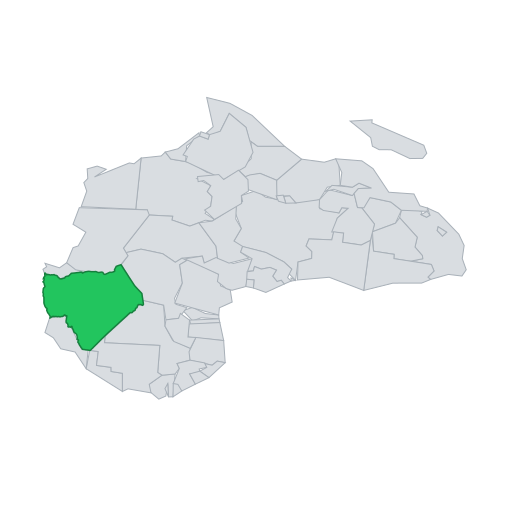 location of Algeria within Africa, rotated 276°
{"feature_id": "DZA", "entity_name": "Algeria", "entity_type": "country or territory", "adm_level": 0, "iso_a3": "DZA", "parent_name": "Africa", "parent_adm1": "", "projection": "equal_earth", "projection_center": [1.791, 28.04], "detail": "fine", "context": "in_parent", "style": "filled", "palette": "green", "viewbox_px": 512, "rotation_deg": 276, "n_neighbors": 49, "source": "natural_earth", "source_scale": "50m", "svg_char_len": 14349}
<svg xmlns="http://www.w3.org/2000/svg" viewBox="0 0 512 512"><g transform="rotate(276 256 256)"><path d="M333.5,268.6L357.1,291.2L356.4,314.1L361.0,325.1L357.3,328.6L335.1,332.4L331.9,319.7L318.7,313.3L313.9,302.3L312.9,290.1L319.3,283.2L317.9,269.8L333.5,268.6Z" fill="#d9dde1" stroke="#a8b0b8" stroke-width="1"/><path d="M144.8,100.5L144.5,109.1L130.5,108.8L130.1,123.5L126.0,124.0L125.4,135.4L107.3,137.3L126.1,98.9L144.8,100.5Z" fill="#d9dde1" stroke="#a8b0b8" stroke-width="1"/><path d="M312.9,290.1L318.7,313.3L309.7,314.4L307.5,334.0L313.0,336.3L313.1,342.7L302.2,332.9L280.0,329.7L278.5,306.9L271.2,304.8L266.3,311.1L259.4,311.6L254.4,298.4L235.9,297.9L242.3,290.1L246.7,292.9L253.1,284.3L260.5,265.5L264.5,237.5L268.6,232.5L281.8,238.5L296.3,231.1L304.0,231.2L308.8,237.0L314.6,235.1L321.2,249.5L315.5,259.3L312.9,290.1Z" fill="#d9dde1" stroke="#a8b0b8" stroke-width="1"/><path d="M368.0,273.1L365.2,246.0L370.3,237.3L382.9,232.6L395.0,214.5L376.3,207.4L370.9,199.1L373.3,193.8L380.1,199.9L408.5,190.4L405.1,214.1L395.4,237.4L368.0,273.1Z" fill="#d9dde1" stroke="#a8b0b8" stroke-width="1"/><path d="M357.1,291.2L333.5,268.6L338.6,251.4L333.8,237.2L339.5,229.6L352.3,241.1L369.1,239.2L365.2,246.0L368.0,273.1L357.1,291.2Z" fill="#d9dde1" stroke="#a8b0b8" stroke-width="1"/><path d="M291.1,213.2L287.7,210.5L286.1,208.8L286.3,202.0L278.8,187.0L283.0,168.6L286.8,169.0L285.5,143.2L290.5,143.1L289.9,131.5L341.4,131.5L345.6,151.3L349.9,154.9L343.5,161.1L342.1,181.2L333.9,198.8L333.1,210.4L326.8,189.1L321.2,203.7L315.0,200.8L310.6,206.1L300.7,205.7L293.1,200.9L288.0,210.8L291.1,213.2Z" fill="#d9dde1" stroke="#a8b0b8" stroke-width="1"/><path d="M285.6,145.6L286.8,169.0L283.0,168.6L278.8,187.0L283.1,195.7L261.6,215.2L249.7,218.0L243.6,205.2L250.3,202.6L246.1,182.6L241.3,176.4L248.5,163.0L250.8,140.9L245.8,126.5L250.0,123.3L285.6,145.6Z" fill="#d9dde1" stroke="#a8b0b8" stroke-width="1"/><path d="M250.9,432.0L253.0,429.2L259.7,434.6L265.9,431.3L267.0,410.3L270.7,422.1L273.7,421.5L281.5,413.2L291.5,414.4L309.1,394.8L316.7,395.8L318.9,408.0L317.8,416.5L314.4,415.8L312.4,421.6L314.7,424.7L321.6,421.6L317.8,433.0L298.9,455.4L288.2,461.9L275.0,461.4L264.3,466.5L257.6,462.9L257.8,449.3L250.9,432.0ZM304.1,434.1L300.3,433.5L295.3,439.3L299.6,443.1L304.1,434.1Z" fill="#d9dde1" stroke="#a8b0b8" stroke-width="1"/><path d="M304.1,434.1L299.6,443.1L295.3,439.3L300.3,433.5L304.1,434.1Z" fill="#d9dde1" stroke="#a8b0b8" stroke-width="1"/><path d="M316.7,395.8L303.2,391.3L292.3,369.3L300.1,370.5L315.0,356.1L326.0,363.3L323.8,384.4L316.7,395.8Z" fill="#d9dde1" stroke="#a8b0b8" stroke-width="1"/><path d="M309.1,394.8L291.5,414.4L281.5,413.2L273.7,421.5L270.7,422.1L267.0,410.3L267.8,393.4L272.1,393.2L273.1,372.4L292.3,369.3L303.2,391.3L309.1,394.8Z" fill="#d9dde1" stroke="#a8b0b8" stroke-width="1"/><path d="M267.8,393.4L265.9,431.3L259.7,434.6L253.0,429.2L250.9,432.0L246.4,423.6L243.3,394.9L233.0,366.7L291.6,368.4L273.1,372.4L272.1,393.2L267.8,393.4Z" fill="#d9dde1" stroke="#a8b0b8" stroke-width="1"/><path d="M107.3,181.0L103.5,174.3L110.4,164.0L117.3,163.2L127.6,174.9L130.2,187.9L107.3,188.2L106.7,183.7L120.0,181.6L107.3,181.0Z" fill="#d9dde1" stroke="#a8b0b8" stroke-width="1"/><path d="M130.2,187.9L127.6,174.9L129.9,170.4L157.0,169.7L153.9,114.4L160.5,114.3L195.2,145.0L195.3,148.7L200.1,148.1L197.5,169.3L176.7,172.8L163.6,181.8L157.3,200.3L145.5,201.3L140.8,188.7L136.2,191.5L130.2,187.9Z" fill="#d9dde1" stroke="#a8b0b8" stroke-width="1"/><path d="M107.3,137.3L125.4,135.4L126.0,124.0L130.1,123.5L130.5,108.8L144.5,109.1L144.8,100.5L160.5,114.3L153.9,114.4L157.0,169.7L129.9,170.4L127.6,174.9L117.3,163.2L108.9,165.9L110.5,142.6L107.3,137.3Z" fill="#d9dde1" stroke="#a8b0b8" stroke-width="1"/><path d="M193.4,225.1L189.6,225.8L188.8,207.8L184.8,199.7L194.0,189.1L198.3,198.1L193.5,211.5L193.4,225.1Z" fill="#d9dde1" stroke="#a8b0b8" stroke-width="1"/><path d="M245.8,126.5L250.8,140.9L248.5,163.0L241.3,176.4L246.1,182.6L244.3,187.7L239.4,181.0L221.4,185.6L205.5,179.4L199.6,181.4L197.4,192.6L185.9,185.5L183.1,173.1L197.5,169.3L200.1,148.1L233.3,123.0L242.8,128.6L245.8,126.5Z" fill="#d9dde1" stroke="#a8b0b8" stroke-width="1"/><path d="M193.4,225.1L200.7,180.1L221.4,185.6L239.4,181.0L246.1,190.0L233.9,220.7L222.6,223.9L219.4,234.0L207.7,237.1L200.7,225.0L193.4,225.1Z" fill="#d9dde1" stroke="#a8b0b8" stroke-width="1"/><path d="M245.7,185.4L250.3,202.6L243.6,205.2L250.3,216.4L246.2,234.3L252.9,252.4L224.6,249.1L219.4,235.7L220.5,229.8L226.6,220.3L233.9,220.7L245.7,185.4Z" fill="#d9dde1" stroke="#a8b0b8" stroke-width="1"/><path d="M185.3,196.6L189.6,225.8L186.0,227.0L181.1,198.3L185.3,196.6Z" fill="#d9dde1" stroke="#a8b0b8" stroke-width="1"/><path d="M181.4,196.4L186.0,227.0L168.5,232.7L168.3,196.8L181.4,196.4Z" fill="#d9dde1" stroke="#a8b0b8" stroke-width="1"/><path d="M145.5,201.3L153.7,199.4L168.7,204.7L168.5,232.7L146.7,236.5L147.4,228.4L142.8,223.8L145.5,201.3Z" fill="#d9dde1" stroke="#a8b0b8" stroke-width="1"/><path d="M120.5,187.0L136.2,191.5L140.8,188.7L145.5,201.3L144.3,216.4L140.1,218.7L137.7,211.3L134.4,212.5L131.8,202.3L122.2,209.1L114.0,196.3L120.5,187.0Z" fill="#d9dde1" stroke="#a8b0b8" stroke-width="1"/><path d="M107.3,188.2L120.5,187.0L120.2,191.7L114.0,196.3L107.3,188.2Z" fill="#d9dde1" stroke="#a8b0b8" stroke-width="1"/><path d="M143.6,216.4L142.8,223.8L147.4,228.4L146.7,236.5L130.1,221.9L135.6,212.1L140.1,218.7L143.6,216.4Z" fill="#d9dde1" stroke="#a8b0b8" stroke-width="1"/><path d="M122.2,209.1L131.8,202.3L135.6,212.1L130.1,221.9L122.2,209.1Z" fill="#d9dde1" stroke="#a8b0b8" stroke-width="1"/><path d="M157.3,200.3L162.4,183.2L176.7,172.8L183.1,173.1L185.9,185.5L191.0,186.8L185.3,196.6L168.3,196.8L168.7,204.7L157.3,200.3Z" fill="#d9dde1" stroke="#a8b0b8" stroke-width="1"/><path d="M304.0,231.2L290.7,232.0L281.8,238.5L268.6,232.5L264.1,241.7L258.2,240.3L253.2,249.2L246.1,229.9L249.7,218.0L261.6,215.2L283.1,195.7L286.1,208.8L304.0,231.2Z" fill="#d9dde1" stroke="#a8b0b8" stroke-width="1"/><path d="M264.1,241.7L260.5,265.5L253.1,284.3L246.7,292.9L237.9,289.7L234.7,293.4L231.1,287.0L234.5,283.6L232.8,279.6L237.7,274.7L244.1,277.8L246.1,271.0L243.5,262.7L245.4,255.6L240.9,254.9L240.0,249.2L252.9,252.4L258.2,240.3L264.1,241.7Z" fill="#d9dde1" stroke="#a8b0b8" stroke-width="1"/><path d="M231.9,249.2L239.4,248.8L240.9,254.9L245.4,255.6L243.5,262.7L246.1,271.0L244.1,277.8L237.7,274.7L232.8,279.6L234.5,283.6L231.1,287.0L220.8,269.6L223.9,256.8L232.0,256.5L231.9,249.2Z" fill="#d9dde1" stroke="#a8b0b8" stroke-width="1"/><path d="M224.6,249.1L231.9,249.2L232.0,256.5L223.9,256.8L224.6,249.1Z" fill="#d9dde1" stroke="#a8b0b8" stroke-width="1"/><path d="M318.7,313.3L329.6,321.3L326.2,345.5L328.5,347.0L314.8,351.9L315.0,356.1L300.1,370.5L283.4,368.1L277.9,359.5L278.7,340.6L287.9,340.7L287.8,328.8L302.2,332.9L313.1,342.7L313.0,336.3L307.5,334.0L308.3,318.2L310.9,313.7L318.7,313.3Z" fill="#d9dde1" stroke="#a8b0b8" stroke-width="1"/><path d="M327.6,318.6L334.2,324.2L334.5,344.7L339.2,350.8L335.6,363.8L333.8,350.8L326.2,345.5L330.5,326.4L327.6,318.6Z" fill="#d9dde1" stroke="#a8b0b8" stroke-width="1"/><path d="M335.1,332.4L348.0,332.6L361.0,325.1L361.7,351.3L355.1,363.3L333.3,381.4L334.2,406.6L323.1,413.7L321.6,421.6L318.3,421.5L316.7,395.8L323.8,384.4L326.0,363.3L315.2,358.3L314.8,351.9L328.5,347.0L333.8,350.8L335.6,363.8L339.2,350.8L334.5,344.7L335.1,332.4Z" fill="#d9dde1" stroke="#a8b0b8" stroke-width="1"/><path d="M318.3,421.5L314.7,424.7L312.4,421.6L314.4,415.8L318.3,421.5Z" fill="#d9dde1" stroke="#a8b0b8" stroke-width="1"/><path d="M234.7,293.4L237.9,293.1L235.9,297.9L234.7,293.4ZM236.5,299.8L254.4,298.4L259.4,311.6L266.3,311.1L271.2,304.8L278.5,306.9L280.0,329.7L288.2,330.7L287.9,340.7L278.7,340.6L277.9,359.5L283.4,368.1L233.0,366.7L242.5,331.0L236.5,299.8Z" fill="#d9dde1" stroke="#a8b0b8" stroke-width="1"/><path d="M318.1,277.5L319.3,283.2L312.9,290.1L311.6,280.1L318.1,277.5Z" fill="#d9dde1" stroke="#a8b0b8" stroke-width="1"/><path d="M400.0,335.5L403.6,357.3L400.5,357.3L383.7,411.3L376.0,415.1L370.5,411.6L369.0,398.8L375.8,379.3L374.6,367.4L377.3,360.3L385.7,357.7L400.0,335.5Z" fill="#d9dde1" stroke="#a8b0b8" stroke-width="1"/><path d="M106.7,183.7L114.6,179.3L120.0,181.6L106.7,183.7Z" fill="#d9dde1" stroke="#a8b0b8" stroke-width="1"/><path d="M221.6,84.0L212.9,63.1L216.2,47.7L220.5,45.5L223.4,48.9L226.7,46.9L223.7,61.8L229.5,68.4L221.6,84.0Z" fill="#d9dde1" stroke="#a8b0b8" stroke-width="1"/><path d="M342.6,176.1L343.5,161.1L349.9,154.9L354.5,167.2L372.6,186.4L369.4,187.3L358.4,175.5L342.6,176.1Z" fill="#d9dde1" stroke="#a8b0b8" stroke-width="1"/><path d="M126.1,98.9L141.6,86.1L143.3,71.5L153.5,63.0L157.8,54.1L173.1,57.3L176.4,73.2L145.1,92.3L144.9,98.9L126.1,98.9Z" fill="#d9dde1" stroke="#a8b0b8" stroke-width="1"/><path d="M341.4,131.5L289.9,131.5L286.8,77.0L302.8,80.9L311.0,77.1L315.5,80.6L325.0,79.0L328.8,88.6L326.6,98.0L317.7,87.1L335.3,120.3L335.0,125.1L341.4,131.5Z" fill="#d9dde1" stroke="#a8b0b8" stroke-width="1"/><path d="M285.6,75.2L290.5,143.1L285.6,145.6L250.0,123.3L242.8,128.6L225.9,117.7L221.5,107.9L223.4,78.1L229.5,68.4L245.2,73.2L247.4,78.1L261.9,84.3L268.4,70.7L285.6,75.2Z" fill="#d9dde1" stroke="#a8b0b8" stroke-width="1"/><path d="M395.0,214.5L382.9,232.6L358.8,242.2L343.5,236.0L328.7,215.9L342.6,176.1L347.8,177.3L348.9,172.9L365.8,181.9L369.4,187.3L367.2,196.2L371.8,197.0L376.3,207.4L395.0,214.5Z" fill="#d9dde1" stroke="#a8b0b8" stroke-width="1"/><path d="M369.4,187.3L373.8,188.2L371.8,197.0L367.2,196.2L369.4,187.3Z" fill="#d9dde1" stroke="#a8b0b8" stroke-width="1"/><path d="M333.5,268.6L314.1,271.0L321.5,240.0L333.8,237.2L336.0,241.4L338.6,251.4L333.5,268.6Z" fill="#d9dde1" stroke="#a8b0b8" stroke-width="1"/><path d="M317.9,269.8L319.4,276.7L311.6,280.1L312.8,272.7L317.9,269.8Z" fill="#d9dde1" stroke="#a8b0b8" stroke-width="1"/><path d="M319.7,241.7L314.6,235.1L306.8,236.2L288.0,210.8L296.3,200.1L300.7,205.7L310.6,206.1L315.0,200.8L321.2,203.7L325.6,196.1L323.9,190.7L328.9,189.5L333.1,210.4L328.7,215.9L339.5,229.6L331.1,240.0L319.7,241.7Z" fill="#d9dde1" stroke="#a8b0b8" stroke-width="1"/><path d="M216.8,47.7L216.9,48.0L216.9,48.3L216.6,48.5L216.3,48.7L216.0,49.4L215.5,49.8L215.4,50.0L215.8,50.3L215.9,50.5L216.0,50.8L215.8,51.7L215.8,52.5L215.6,53.5L215.7,53.8L215.8,54.3L216.0,54.6L216.0,55.0L216.0,56.0L216.2,56.5L216.4,57.1L216.0,57.7L215.9,58.3L215.8,59.1L215.8,59.6L215.6,60.1L215.3,60.5L215.0,60.8L214.6,61.1L214.2,61.4L213.8,62.2L213.0,62.9L212.9,63.2L212.8,63.7L212.9,64.5L213.0,65.2L213.4,66.1L213.8,67.1L213.9,67.6L214.0,67.8L214.5,68.2L215.3,68.6L215.5,68.8L215.9,69.5L216.3,70.8L216.5,71.6L217.2,72.3L218.0,72.9L218.6,73.5L219.4,74.0L219.5,74.2L219.8,75.5L220.0,76.7L220.3,78.1L220.7,79.5L221.0,81.1L221.2,82.0L221.5,83.2L221.8,84.5L221.3,84.8L220.9,85.1L221.2,85.8L221.9,86.9L222.3,87.8L222.5,88.2L222.8,89.3L223.1,90.4L223.2,90.7L223.3,91.6L223.2,93.9L223.5,96.8L223.8,98.3L223.4,99.6L223.1,100.8L223.2,101.5L223.4,102.5L223.6,103.2L223.8,103.6L223.8,104.8L223.7,105.3L223.0,105.9L222.2,106.5L222.0,107.0L221.9,107.6L222.0,108.0L222.6,109.0L223.5,110.6L224.5,112.2L224.6,112.7L224.6,113.9L225.1,115.4L225.5,116.0L225.7,116.5L226.0,116.8L226.3,117.1L226.5,117.1L227.5,116.7L229.4,117.4L231.1,118.1L231.6,119.1L232.3,120.5L232.8,121.7L233.2,122.7L231.0,124.5L228.8,126.2L226.6,128.0L224.4,129.8L222.2,131.5L220.0,133.3L217.8,135.1L215.6,136.9L214.1,138.1L213.1,139.1L212.0,140.4L210.8,141.7L210.0,142.7L208.8,144.1L208.3,144.7L207.0,146.2L206.6,146.5L204.9,146.9L203.3,147.3L201.9,147.7L200.9,147.9L200.0,148.2L198.6,148.5L197.6,148.8L196.5,149.0L196.4,149.1L196.2,149.1L195.7,148.9L195.4,148.6L195.1,148.4L195.1,148.1L195.2,147.8L195.4,147.4L195.4,147.2L195.6,147.0L195.7,146.8L195.7,146.6L195.6,146.2L195.5,145.7L195.5,144.8L195.5,144.5L195.5,144.4L195.2,144.0L194.6,143.6L194.0,143.4L193.8,143.3L193.1,143.2L192.3,143.0L192.0,142.8L191.5,141.9L191.2,141.7L189.9,141.6L189.5,141.4L189.2,141.2L188.9,140.9L188.7,140.5L188.6,140.1L188.5,139.9L187.1,139.0L186.8,138.7L186.6,138.4L186.6,137.9L186.6,137.4L186.6,136.9L186.5,136.7L185.9,136.2L184.5,134.9L183.0,133.7L181.6,132.4L180.2,131.2L178.8,129.9L177.4,128.7L176.0,127.4L174.6,126.2L173.2,125.0L171.8,123.7L170.4,122.5L169.0,121.2L167.6,120.0L166.2,118.8L164.8,117.5L163.4,116.3L162.2,115.3L160.9,114.2L160.0,113.4L159.0,112.6L158.0,111.7L157.4,111.2L156.6,110.6L155.8,109.9L155.0,109.3L154.2,108.7L153.4,108.0L152.6,107.4L151.8,106.8L151.0,106.1L150.3,105.5L149.5,104.9L148.7,104.2L147.9,103.6L147.1,103.0L146.4,102.3L145.6,101.7L144.8,101.1L144.8,99.9L144.9,99.0L144.9,97.6L144.9,96.4L145.0,95.2L145.0,94.4L145.0,93.5L145.1,93.1L145.6,92.7L146.3,92.1L146.5,91.8L146.9,91.5L148.0,90.6L148.3,90.4L149.4,89.4L149.6,89.3L150.2,89.2L150.5,89.0L150.8,88.6L151.3,88.2L151.6,87.9L151.9,87.9L152.9,88.0L153.3,88.1L153.8,88.2L154.0,88.1L154.3,87.7L154.4,87.3L154.4,87.0L154.4,86.8L154.5,86.8L154.8,86.8L155.1,86.8L155.7,86.8L155.9,86.8L156.5,86.7L157.5,86.5L158.3,86.2L158.9,86.0L159.6,85.4L160.1,84.8L160.6,83.9L161.0,83.2L161.8,82.7L162.5,82.4L162.8,82.3L163.7,81.9L164.5,81.2L165.2,80.7L165.7,80.6L166.3,80.5L166.5,80.4L166.7,80.2L166.7,79.8L166.5,79.6L166.2,79.4L165.9,79.3L165.8,79.1L165.9,78.8L165.9,78.5L166.0,78.2L166.0,77.8L165.8,77.3L165.8,77.0L165.8,76.7L166.1,76.4L166.4,76.3L166.8,76.4L167.5,76.3L169.3,75.5L169.4,75.3L169.5,74.8L169.7,74.4L169.9,74.2L170.0,74.2L170.5,74.1L171.4,73.9L171.7,73.9L172.6,74.0L173.2,74.0L174.3,74.0L175.1,74.1L175.7,74.1L176.6,74.1L176.8,74.0L176.8,73.7L176.6,73.1L176.7,72.8L177.0,72.4L177.5,72.0L177.3,71.6L177.0,71.3L176.5,70.9L176.3,70.7L175.9,70.3L175.6,69.8L175.5,68.7L175.2,68.1L175.0,67.4L175.2,66.0L174.9,65.2L174.9,64.8L174.9,64.4L175.0,63.7L174.9,62.7L174.6,61.6L174.8,61.3L174.8,61.1L174.8,60.9L174.5,60.6L174.4,60.3L174.4,60.0L174.6,59.7L174.1,59.1L173.2,58.3L173.0,58.0L172.9,57.6L173.7,57.7L174.1,57.7L175.1,57.2L175.9,56.5L176.5,56.2L177.1,55.5L177.6,55.0L178.3,54.5L180.3,53.5L180.6,53.5L181.2,53.7L181.8,53.7L182.2,53.3L182.6,52.4L183.3,51.9L184.1,51.3L185.2,50.8L186.0,50.4L187.1,50.0L190.1,49.7L191.6,49.5L192.6,49.5L193.6,48.8L194.1,48.5L196.3,48.5L197.4,47.9L201.4,47.9L201.8,48.1L202.3,48.4L203.1,49.1L203.5,49.3L204.1,49.1L205.3,48.5L206.7,48.1L207.4,47.7L207.7,47.1L208.3,46.9L208.7,47.4L210.1,47.8L211.0,47.7L211.4,47.6L211.2,46.9L212.2,47.1L212.9,47.4L213.7,48.0L214.1,48.2L215.0,47.9L216.8,47.7Z" fill="#22c55e" stroke="#15803d" stroke-width="1.5"/></g></svg>